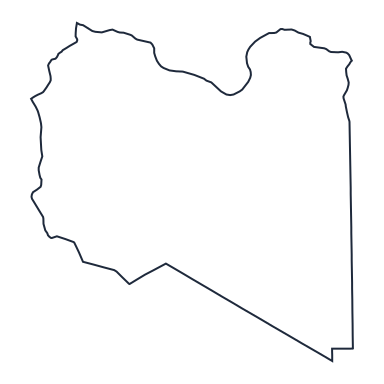 Libya, Natural Earth projection
{"feature_id": "LBY", "entity_name": "Libya", "entity_type": "country or territory", "adm_level": 0, "iso_a3": "LBY", "parent_name": "Africa", "parent_adm1": "", "projection": "natural_earth1", "projection_center": [17.634, 26.339], "detail": "fine", "context": "isolated", "style": "outline", "palette": "slate", "viewbox_px": 384, "rotation_deg": 0, "n_neighbors": 0, "source": "natural_earth", "source_scale": "50m", "svg_char_len": 2946}
<svg xmlns="http://www.w3.org/2000/svg" viewBox="0 0 384 384"><path d="M35.4,96.0L37.9,94.7L41.3,93.2L43.1,92.1L43.9,91.1L46.6,87.3L47.9,85.2L49.8,82.3L50.7,80.3L50.7,78.4L50.5,76.1L49.2,70.7L48.1,65.5L49.0,63.4L49.8,62.5L51.4,60.0L52.1,59.5L55.5,58.7L56.9,57.1L58.0,55.0L58.3,54.0L59.8,52.8L61.6,51.7L62.7,50.2L66.4,48.0L69.7,45.9L73.6,43.7L76.6,42.0L77.2,40.5L77.2,39.3L75.6,36.4L75.7,32.9L75.9,30.1L76.0,28.4L76.8,23.7L76.9,23.0L79.9,24.6L83.1,25.2L92.3,31.0L95.3,31.8L101.8,32.4L109.6,30.1L112.5,29.6L117.6,31.9L119.8,32.5L123.6,32.7L130.0,34.7L131.7,35.4L135.4,38.6L137.2,39.6L150.5,42.6L152.3,44.5L154.2,48.3L154.2,52.9L155.2,56.3L156.9,60.7L158.9,63.8L161.1,66.4L163.6,68.0L169.5,70.4L176.1,71.3L182.8,71.6L194.3,74.9L204.0,78.7L206.4,80.6L211.3,82.4L221.0,91.4L226.4,94.5L230.2,95.1L233.6,94.5L239.7,91.4L242.2,89.6L248.2,81.9L250.2,77.8L250.9,75.0L250.7,72.1L250.0,69.5L248.2,66.8L247.0,63.2L246.3,56.7L247.2,52.2L248.4,49.6L250.2,46.8L255.1,41.6L260.2,37.9L269.0,33.1L274.2,33.0L276.3,32.5L280.5,29.1L282.2,29.0L284.6,29.8L291.6,29.5L294.7,30.5L298.4,32.6L303.0,33.9L306.3,35.3L309.9,36.9L310.7,41.2L310.3,42.4L310.3,44.0L314.0,46.9L324.3,48.3L326.3,49.1L329.2,51.3L331.0,52.0L338.1,52.3L342.2,51.8L346.2,52.6L347.6,53.4L349.2,55.1L351.1,59.3L351.8,60.7L351.0,61.4L350.0,62.9L349.3,64.2L347.5,66.4L346.0,68.7L346.2,72.0L346.6,75.4L347.7,78.7L348.7,82.5L348.5,84.9L347.7,87.9L346.9,90.3L343.9,95.4L343.4,96.7L343.6,98.4L345.6,104.5L345.8,106.4L347.0,112.3L348.1,117.1L349.3,120.8L349.5,121.9L349.6,127.4L349.7,133.0L349.8,138.5L349.9,144.1L350.0,149.6L350.1,155.1L350.2,160.7L350.3,166.2L350.4,171.8L350.5,177.3L350.6,182.9L350.7,188.4L350.7,194.0L350.8,199.5L350.9,205.1L351.0,210.6L351.1,216.2L351.2,221.7L351.3,227.3L351.3,232.8L351.4,238.4L351.5,243.9L351.6,249.4L351.7,255.0L351.7,260.5L351.8,266.1L351.9,271.6L352.0,277.2L352.1,282.7L352.1,288.2L352.2,293.8L352.3,299.3L352.4,311.6L352.6,323.9L352.7,336.2L352.9,348.5L352.7,348.6L347.5,348.7L342.4,348.7L337.2,348.7L332.1,348.7L332.1,351.7L332.2,354.8L332.2,357.9L332.2,361.0L322.2,355.1L312.2,349.3L302.1,343.5L292.1,337.6L282.1,331.8L272.1,326.0L262.2,320.1L252.2,314.3L242.2,308.5L232.3,302.6L222.3,296.8L212.4,290.9L202.5,285.1L192.6,279.3L182.7,273.4L172.8,267.6L165.9,263.6L158.6,267.5L152.8,270.6L145.1,274.6L136.3,279.9L129.6,284.0L129.3,283.9L129.0,283.8L122.0,277.0L116.6,271.6L114.2,270.1L103.9,267.4L93.7,264.6L83.0,261.8L81.1,257.4L79.0,252.5L76.1,246.4L74.3,242.7L73.7,242.1L65.5,239.1L56.9,236.3L51.8,238.0L50.9,237.9L49.4,236.8L48.0,235.3L47.3,233.2L45.3,230.4L43.5,223.9L43.4,218.8L43.1,217.0L38.7,209.8L34.7,203.2L32.0,198.8L31.5,196.8L31.9,194.4L33.0,192.2L37.0,189.6L40.6,186.8L41.2,184.9L41.5,179.5L40.3,177.8L39.5,174.7L38.7,170.3L38.7,167.6L40.4,162.1L42.3,156.4L41.3,150.0L40.6,137.2L41.4,127.2L41.0,123.5L40.7,122.0L39.6,117.2L38.2,112.3L37.6,110.6L35.7,106.7L32.7,101.8L31.1,98.8L33.4,97.2L35.4,96.0Z" fill="none" stroke="#1e293b" stroke-width="2"/></svg>